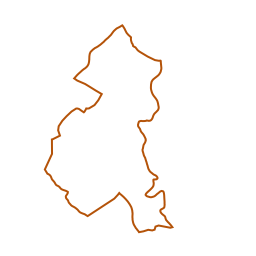 Resinard, Castries, Saint Lucia (Mercator projection), rotated 16°
{"feature_id": "8701671B52982434499588", "entity_name": "Resinard", "entity_type": "district", "adm_level": 2, "iso_a3": "LCA", "parent_name": "Saint Lucia", "parent_adm1": "Castries", "projection": "mercator", "projection_center": [-60.941, 14.004], "detail": "fine", "context": "isolated", "style": "outline", "palette": "amber", "viewbox_px": 256, "rotation_deg": 16, "n_neighbors": 0, "source": "geoboundaries", "source_scale": "gbopen_adm2", "svg_char_len": 5798}
<svg xmlns="http://www.w3.org/2000/svg" viewBox="0 0 256 256"><g transform="rotate(16 128 128)"><path d="M94.2,30.9L91.9,33.4L91.3,33.9L90.5,34.7L89.9,35.2L89.3,36.0L88.6,37.1L87.8,38.4L87.3,39.5L86.3,42.2L86.1,42.9L85.4,44.2L84.6,45.6L84.1,46.6L83.0,48.2L81.9,49.9L81.3,51.1L81.2,51.4L80.7,52.2L79.8,53.5L79.1,54.6L78.2,55.9L77.2,57.1L76.7,57.8L76.1,58.4L75.5,59.1L74.9,59.6L74.0,60.5L73.6,61.1L72.9,62.0L72.5,62.6L71.9,63.7L71.1,65.1L70.9,66.3L70.8,67.1L70.9,68.2L71.1,69.7L71.7,72.1L71.9,72.8L72.0,73.5L72.3,75.1L72.4,76.3L72.4,77.4L72.4,77.8L72.2,78.6L71.9,79.6L71.8,80.0L71.4,80.7L71.2,81.0L71.0,81.4L70.1,82.7L69.5,83.3L69.3,83.6L68.2,85.1L67.1,86.9L66.1,88.5L65.9,88.8L65.7,89.1L65.3,89.8L64.5,91.2L62.6,95.2L66.2,96.4L74.6,97.5L79.0,98.7L86.7,100.9L93.4,102.6L91.8,109.5L89.5,115.2L85.1,119.9L83.7,120.5L82.5,120.7L82.4,121.3L82.1,122.7L81.8,123.9L81.4,124.8L81.2,125.1L79.0,124.4L75.6,123.2L74.2,123.2L72.8,123.6L69.2,127.7L65.7,133.6L62.9,139.1L60.9,145.4L61.5,149.5L64.7,154.1L58.7,159.6L58.0,160.0L58.1,160.3L62.1,173.8L59.5,190.8L63.2,194.2L64.4,194.3L64.6,194.4L65.9,194.9L66.3,195.1L66.6,195.4L67.1,195.8L67.7,196.5L68.8,198.0L69.1,198.3L69.8,198.8L70.8,199.4L72.0,200.2L72.6,200.7L73.9,202.0L74.3,202.3L74.7,202.6L75.3,202.8L76.1,202.9L77.0,203.1L77.5,203.2L78.1,203.5L78.7,203.8L79.5,204.4L79.9,204.7L80.3,204.9L81.2,205.2L81.9,205.3L82.7,205.4L85.5,205.5L87.1,205.8L87.8,206.0L87.9,206.3L88.0,207.4L87.9,207.8L87.7,208.6L87.2,210.0L87.1,210.5L87.1,210.9L87.2,211.3L87.3,211.5L87.6,212.0L87.7,212.3L88.0,212.5L88.6,213.1L89.7,213.7L90.4,214.3L90.7,214.7L91.0,215.2L91.4,215.7L91.8,216.1L92.7,216.7L94.0,217.5L94.5,217.9L95.5,218.3L96.3,218.5L97.3,218.7L98.6,219.0L99.5,219.3L100.5,219.7L101.1,220.0L101.7,220.2L102.2,220.5L103.2,221.2L104.3,221.9L105.0,222.2L105.4,222.3L105.7,222.4L106.3,222.5L108.1,222.7L110.0,222.8L110.4,222.9L112.3,223.5L113.5,223.8L134.3,199.7L136.7,195.0L137.5,192.9L138.3,193.4L138.8,193.7L139.7,194.0L142.8,195.5L145.4,197.0L146.0,197.4L148.0,198.7L149.6,200.0L150.9,201.1L152.7,202.9L152.9,203.1L153.8,204.4L154.5,205.6L154.7,205.9L155.2,207.1L155.5,207.9L155.7,208.2L155.9,208.8L156.2,209.9L156.5,211.3L156.8,212.4L157.0,213.0L157.4,214.0L157.6,214.8L158.4,216.4L158.9,217.3L159.3,218.0L160.2,219.2L160.6,219.6L162.8,221.7L163.1,222.0L164.2,222.7L164.8,223.2L166.3,224.2L167.3,225.1L171.3,223.1L175.5,220.3L179.5,219.8L181.6,218.4L181.6,215.2L184.3,213.3L196.2,212.2L198.0,211.1L196.3,209.8L193.8,208.2L192.3,207.4L191.4,206.8L190.5,206.2L190.0,205.9L189.4,205.1L188.9,204.4L188.5,203.6L188.1,203.1L187.7,202.7L187.3,202.5L187.1,202.4L184.5,201.3L184.0,201.0L183.2,200.5L183.1,200.4L182.5,199.8L182.2,199.5L182.0,198.8L181.8,198.4L181.8,198.2L181.9,197.8L182.1,197.4L182.5,196.9L183.1,196.4L183.5,196.0L184.1,195.3L184.5,194.8L184.7,194.5L184.7,193.7L184.5,192.5L184.3,191.4L184.1,191.0L183.4,188.6L182.6,186.4L181.8,184.1L181.3,182.6L180.7,181.2L180.0,179.9L179.6,179.5L179.4,179.3L179.2,179.2L178.6,179.2L177.8,179.2L177.4,179.4L177.3,179.5L176.8,179.9L176.4,180.3L175.3,181.9L174.6,182.9L174.3,183.2L173.1,185.2L172.5,186.0L172.1,186.4L171.4,187.0L170.5,187.5L169.9,187.9L169.2,188.2L168.8,188.3L168.4,188.4L167.7,188.4L165.5,188.4L164.7,188.3L163.4,187.5L163.3,187.2L163.4,186.6L163.5,186.0L163.8,185.5L164.1,184.8L164.3,184.5L164.9,183.5L165.1,183.2L166.0,181.8L167.1,179.9L167.9,178.3L168.3,176.9L168.3,176.2L168.3,175.7L168.1,174.7L167.9,173.8L167.3,172.7L166.8,171.3L166.7,170.9L166.7,170.7L166.8,170.5L169.2,169.6L169.6,169.4L170.0,168.8L170.2,168.4L170.2,168.1L170.1,167.8L169.9,167.4L169.7,167.2L169.2,166.8L168.7,166.4L168.1,166.2L167.8,166.0L167.3,165.9L166.2,165.8L165.5,165.6L164.8,165.4L163.8,164.9L162.5,164.4L161.6,164.0L161.3,163.8L160.7,163.4L160.2,162.9L159.2,162.0L159.0,161.7L158.6,161.2L158.1,160.4L157.1,158.7L156.2,157.4L155.2,155.7L154.6,154.9L153.1,152.6L152.9,152.2L151.5,150.7L151.1,150.3L150.6,149.6L149.9,148.4L149.4,147.6L149.0,146.9L148.7,146.6L148.3,145.8L148.1,145.3L148.0,145.0L147.9,144.7L148.0,143.6L147.9,143.2L147.9,142.7L147.8,141.9L147.7,140.7L147.7,140.3L147.7,139.8L147.9,139.1L148.2,138.0L148.3,137.7L148.4,137.2L148.5,135.9L148.5,135.6L148.5,135.0L148.2,134.7L148.2,134.1L148.1,133.8L147.8,133.5L147.0,132.5L145.6,131.0L145.0,130.4L144.6,130.0L143.9,129.5L142.2,128.4L141.8,128.1L141.5,127.8L140.9,127.2L140.3,126.3L140.1,126.0L139.6,125.4L139.3,125.2L138.2,124.3L137.4,123.7L137.1,123.1L137.0,122.9L136.7,121.9L136.7,121.4L136.7,121.0L136.7,120.1L136.7,119.6L136.8,119.0L136.9,118.8L137.0,118.6L138.0,117.9L138.4,117.7L139.1,117.5L139.9,117.4L140.5,117.2L141.8,116.8L142.6,116.5L143.9,115.8L144.0,115.6L145.9,115.4L146.1,115.4L146.5,115.2L146.9,115.0L147.3,114.8L147.5,114.6L148.0,114.1L148.6,112.7L148.7,112.3L148.8,111.8L148.8,111.3L148.9,110.4L148.9,109.7L148.9,109.3L149.1,108.3L149.2,107.7L149.5,106.9L150.2,105.6L150.7,104.8L151.2,103.8L151.8,102.7L151.9,102.3L152.0,101.9L152.0,101.0L152.0,100.3L151.7,99.4L151.6,99.1L151.4,98.8L150.3,96.6L150.1,96.1L149.4,95.0L149.1,94.5L148.6,93.8L148.4,93.6L147.8,93.0L147.2,92.5L146.6,92.0L145.4,91.1L144.4,90.4L143.5,89.7L142.5,88.8L141.3,87.4L140.4,86.0L139.6,84.7L139.3,84.0L139.0,83.3L138.2,80.1L138.1,79.3L138.0,78.1L137.9,77.4L138.0,76.9L138.1,76.4L138.4,75.3L138.8,74.4L139.2,73.8L140.1,72.5L141.5,70.6L142.1,69.7L142.6,69.0L142.9,68.4L143.3,67.4L143.5,66.7L143.7,66.0L143.8,65.6L143.9,64.7L143.8,63.3L143.8,62.2L143.7,61.8L143.5,61.0L141.7,56.5L141.3,55.4L141.1,54.8L141.0,54.5L140.7,54.3L139.0,54.9L135.2,55.3L127.2,53.9L117.9,51.4L115.9,50.6L112.9,48.4L111.5,48.2L110.2,47.7L110.1,47.3L109.8,46.9L109.6,46.5L109.4,46.2L109.2,46.0L109.0,45.9L108.8,45.7L108.2,45.2L107.7,44.4L106.9,43.2L106.4,42.1L106.2,41.4L106.1,41.0L105.9,40.0L102.5,38.3L100.4,36.9L98.8,35.2L97.2,33.4L94.7,31.2L94.2,30.9Z" fill="none" stroke="#b45309" stroke-width="2"/></g></svg>